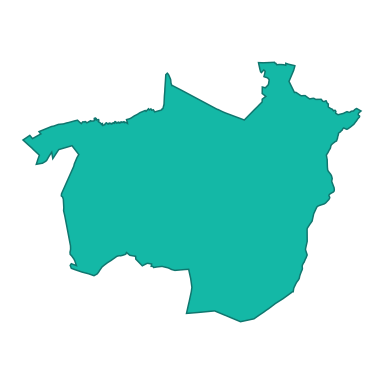 outline of Šķilbēnu pag., Vilakas, Latvia
{"feature_id": "27541924B83707221611867", "entity_name": "Šķilbēnu pag.", "entity_type": "district", "adm_level": 2, "iso_a3": "LVA", "parent_name": "Latvia", "parent_adm1": "Vilakas", "projection": "albers", "projection_center": [27.683, 57.053], "detail": "fine", "context": "isolated", "style": "filled", "palette": "teal", "viewbox_px": 384, "rotation_deg": 0, "n_neighbors": 0, "source": "geoboundaries", "source_scale": "gbopen_adm2", "svg_char_len": 5927}
<svg xmlns="http://www.w3.org/2000/svg" viewBox="0 0 384 384"><path d="M186.5,313.4L197.7,312.5L214.6,310.9L240.5,321.7L254.0,318.8L258.8,315.4L263.9,312.0L266.3,310.2L268.3,308.9L275.4,303.5L283.4,298.4L292.7,291.6L293.2,291.7L293.7,288.5L294.0,287.6L296.0,283.4L296.9,281.9L298.5,279.8L299.1,278.7L299.3,278.1L299.7,276.1L300.2,274.5L301.4,271.4L302.1,269.9L302.4,268.7L302.2,266.2L302.5,264.8L303.2,263.6L303.3,263.3L303.6,262.9L303.6,262.6L304.2,262.1L304.4,261.4L304.9,260.4L305.1,259.6L306.0,258.0L306.8,255.9L307.1,255.2L307.1,254.7L305.9,251.0L305.6,250.1L305.5,249.6L305.6,248.6L305.7,248.0L307.1,241.8L307.2,241.1L307.1,229.8L307.1,229.0L307.4,228.1L309.7,224.5L311.9,221.4L312.1,221.1L313.7,213.8L316.7,207.3L317.1,206.8L317.8,206.2L319.0,205.6L324.2,203.9L325.7,202.9L328.4,200.0L328.9,199.5L329.5,198.3L329.7,197.9L329.7,197.3L328.9,195.6L329.0,195.1L329.3,194.6L329.9,194.0L330.8,193.4L333.3,192.0L333.9,191.4L334.2,190.6L334.3,189.4L334.2,188.9L334.1,187.8L331.8,181.7L331.7,181.1L332.2,178.7L332.1,178.1L331.5,175.8L330.8,174.5L328.2,171.1L327.7,170.1L327.4,167.2L327.2,160.9L327.2,159.9L326.4,155.4L326.4,155.0L328.0,152.5L329.3,149.9L329.7,149.4L330.4,148.1L330.6,147.2L330.9,145.7L331.3,145.0L331.7,144.5L333.0,143.3L334.1,142.5L335.1,141.7L336.5,141.0L337.5,138.2L337.7,136.7L338.4,134.6L338.4,133.7L338.5,133.3L339.2,132.6L340.5,131.8L341.4,130.6L342.0,130.3L342.3,129.8L342.6,129.1L343.5,128.0L344.1,128.1L345.5,128.8L346.9,129.3L348.1,128.7L350.6,126.9L352.7,125.2L353.6,124.5L354.0,124.1L355.6,121.9L356.4,121.0L357.8,118.8L359.3,117.2L359.5,116.8L359.6,116.1L359.5,115.9L359.3,115.7L358.7,115.4L358.3,114.9L358.2,114.2L358.3,113.8L358.6,113.2L359.0,112.7L361.0,111.0L356.8,108.6L356.5,108.5L354.6,109.7L353.6,110.9L351.8,111.2L351.3,111.2L349.9,112.3L348.8,112.3L347.1,111.7L346.9,111.7L344.7,112.7L343.4,113.4L339.3,114.4L338.3,114.7L338.0,114.7L335.7,113.3L335.6,112.8L335.9,111.4L335.1,110.3L334.8,110.3L333.5,110.8L332.4,109.3L330.8,108.6L328.5,107.2L328.2,106.7L328.3,104.0L327.2,103.1L326.8,102.4L326.2,100.9L325.6,100.9L324.3,101.5L323.9,101.5L322.7,101.2L321.2,99.3L315.7,99.4L313.8,98.3L312.4,98.4L309.7,98.9L308.3,98.0L305.1,95.6L303.6,95.6L301.3,95.8L300.3,95.3L296.0,92.4L295.7,92.3L294.5,92.5L294.4,92.4L289.0,81.4L293.6,70.5L294.9,65.9L294.9,65.7L288.4,64.2L285.8,63.3L285.7,65.3L284.1,64.8L282.3,64.6L279.7,64.5L276.7,64.7L275.8,63.3L275.1,63.2L274.5,62.3L263.2,62.8L258.5,62.6L258.6,63.2L259.8,68.8L260.6,71.8L261.4,72.6L263.8,70.0L265.2,71.3L264.2,75.7L263.9,76.5L264.0,76.7L267.2,77.7L267.7,78.0L269.2,79.7L269.2,79.8L268.5,84.1L268.0,85.1L265.3,87.8L262.3,87.0L262.2,93.5L265.8,96.4L262.2,99.2L262.2,101.0L262.1,102.0L258.6,105.5L258.0,106.2L254.5,109.6L244.3,120.0L225.3,112.9L222.5,111.7L217.8,109.4L217.5,109.5L181.4,90.2L172.3,85.5L171.9,85.6L171.0,83.2L170.7,79.9L170.4,78.9L168.9,75.4L168.3,74.3L167.3,73.2L165.8,74.7L165.4,81.3L164.9,88.6L164.8,91.3L164.4,95.9L164.0,104.7L163.9,104.7L162.9,108.6L161.9,109.1L161.8,109.7L160.9,110.2L154.7,111.9L153.3,109.8L151.7,110.2L150.9,108.9L149.3,109.9L148.5,108.8L146.0,111.3L145.2,110.5L140.1,112.6L137.3,114.4L134.3,115.9L131.3,117.9L129.5,118.8L126.5,119.6L127.4,122.5L127.5,123.4L126.8,122.9L125.9,122.6L125.6,122.3L125.0,122.4L124.4,122.7L124.2,122.6L124.1,122.4L124.1,122.1L124.2,121.9L124.1,121.7L123.8,121.7L123.5,122.1L122.5,122.1L122.3,122.4L122.1,122.5L121.7,122.4L121.6,122.0L121.5,121.9L120.8,122.0L120.5,122.2L120.5,122.4L120.6,122.7L120.5,122.8L120.2,122.9L119.4,122.6L119.2,122.7L119.3,122.9L119.2,123.0L118.8,122.6L118.9,122.3L118.8,122.2L118.2,122.1L118.0,122.3L118.1,122.6L118.0,122.8L117.1,122.9L116.6,123.1L116.4,122.7L116.1,122.5L115.7,121.7L115.1,121.6L114.9,121.6L114.8,121.8L114.8,122.1L115.2,122.3L114.8,122.7L114.6,123.2L114.0,122.8L113.6,122.7L113.4,122.8L113.3,123.0L113.0,122.9L112.5,123.1L112.4,123.2L112.7,123.5L111.5,124.0L111.3,124.0L111.3,123.6L111.2,123.5L110.6,123.3L109.8,123.5L109.6,123.1L109.3,123.1L109.1,123.1L108.8,123.4L108.6,124.0L108.4,124.1L107.9,124.0L107.4,123.7L106.6,122.9L106.4,122.8L106.0,123.0L105.2,123.7L104.9,124.6L104.2,124.8L103.0,125.3L102.9,125.1L102.7,124.8L102.4,124.9L102.4,125.0L102.3,124.9L102.4,123.5L102.0,123.6L101.3,124.2L100.9,123.5L100.6,123.3L100.3,123.1L100.1,122.7L98.7,121.9L98.3,121.6L98.7,120.9L98.8,120.5L98.6,119.6L98.3,119.6L96.6,120.0L96.3,119.5L96.4,118.9L96.1,118.5L95.5,118.1L95.3,118.4L95.2,118.8L94.8,118.5L94.4,118.3L94.2,118.7L94.2,119.0L94.3,119.4L94.6,119.7L94.8,120.0L94.5,120.4L93.8,120.9L92.6,121.1L91.7,121.0L91.3,121.2L91.1,121.1L90.8,120.8L90.4,120.7L90.1,120.9L89.8,121.6L89.2,121.5L88.8,121.7L88.2,122.2L86.8,122.8L86.5,122.7L85.6,121.6L84.9,121.6L84.7,121.8L84.3,122.0L82.9,121.8L82.6,122.0L81.3,123.6L79.9,122.5L77.5,120.2L74.5,120.9L68.4,122.6L66.8,122.9L63.5,123.9L58.4,124.4L53.7,126.1L51.5,126.5L39.0,131.6L40.1,133.1L40.9,133.9L32.5,138.6L29.8,135.4L23.0,140.0L27.7,144.3L32.1,148.2L33.2,149.4L39.4,155.2L38.0,159.0L36.3,164.3L42.5,163.2L45.7,161.3L45.7,161.2L46.6,160.5L48.8,156.6L50.4,154.1L51.7,152.2L52.8,158.6L58.7,149.6L72.0,145.7L78.8,154.5L76.9,157.8L74.3,164.0L73.8,166.2L61.5,193.8L61.4,195.0L61.3,195.9L62.5,196.9L63.3,199.1L63.8,207.7L63.6,210.7L64.8,215.9L67.0,227.4L70.5,245.8L70.6,249.1L70.2,251.5L70.0,252.0L70.2,254.4L71.6,255.8L73.9,259.0L74.9,261.1L76.4,265.6L71.3,263.7L70.2,265.4L71.3,268.3L74.5,269.5L82.1,272.1L88.7,273.8L94.0,275.7L97.2,273.9L98.6,272.1L99.5,270.6L102.0,267.0L104.4,265.0L107.6,262.6L111.0,260.5L116.9,256.3L119.1,255.7L120.5,255.8L123.1,255.2L123.6,254.8L124.6,254.7L125.9,254.0L126.1,253.2L126.5,252.5L129.9,255.3L135.6,256.3L135.8,259.1L142.3,265.8L147.0,263.4L147.7,263.3L151.6,264.0L151.2,266.3L152.3,266.3L152.9,266.6L153.4,267.1L153.6,267.5L157.1,266.9L162.1,266.4L168.3,267.9L170.8,269.1L171.2,269.4L174.9,270.4L185.1,269.5L188.7,269.3L189.5,273.2L190.7,278.6L191.9,287.4L191.3,291.7L189.1,302.0L188.8,303.1L186.5,313.4Z" fill="#14b8a6" stroke="#0f766e" stroke-width="1.5"/></svg>